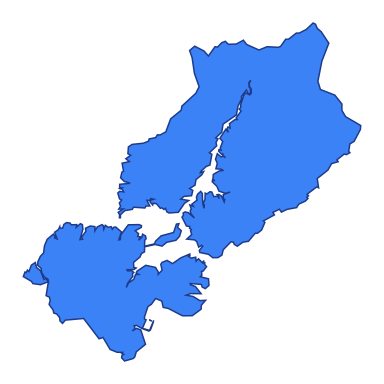 the district of Upper Harbour Local Board Area, New Zealand
{"feature_id": "76426892B55565569034738", "entity_name": "Upper Harbour Local Board Area", "entity_type": "district", "adm_level": 2, "iso_a3": "NZL", "parent_name": "New Zealand", "parent_adm1": "", "projection": "albers", "projection_center": [174.657, -36.763], "detail": "fine", "context": "isolated", "style": "filled", "palette": "blue", "viewbox_px": 384, "rotation_deg": 0, "n_neighbors": 0, "source": "geoboundaries", "source_scale": "gbopen_adm2", "svg_char_len": 6017}
<svg xmlns="http://www.w3.org/2000/svg" viewBox="0 0 384 384"><path d="M129.4,161.6L122.1,163.2L123.5,171.1L121.9,172.2L120.6,177.8L124.4,181.6L127.2,182.1L130.2,183.3L119.7,184.3L119.6,187.6L121.6,187.8L119.8,188.6L122.3,189.3L123.7,191.9L119.7,191.3L117.8,193.0L119.5,198.9L121.7,200.0L119.3,203.0L120.6,206.3L118.7,209.1L123.2,209.0L118.2,212.3L119.6,214.8L119.4,217.8L120.4,217.8L120.5,214.7L124.9,210.6L132.2,209.4L133.6,207.2L144.9,208.0L146.0,206.0L149.8,206.0L146.9,200.3L149.5,200.5L150.9,198.5L153.8,199.2L150.9,200.1L150.0,201.9L152.7,205.0L153.1,203.3L156.5,203.7L160.3,208.3L161.8,207.8L164.0,209.5L165.5,208.3L166.8,211.8L169.1,213.0L178.4,212.3L184.5,203.3L188.7,200.5L180.7,199.1L184.0,196.4L191.6,195.7L192.8,190.4L189.6,188.5L195.0,185.2L196.0,179.6L201.7,174.9L203.6,171.6L200.3,172.8L200.8,171.4L206.3,166.4L209.9,165.1L211.9,154.3L209.4,152.8L216.7,145.8L216.0,142.4L218.0,138.9L215.7,137.9L221.7,132.3L223.1,124.1L236.4,114.9L238.0,106.1L241.6,98.9L241.4,96.5L246.4,90.0L248.3,94.1L250.4,93.4L250.5,88.7L249.1,87.0L248.9,82.5L250.3,80.7L250.6,81.0L249.4,82.4L249.3,86.2L251.2,89.0L251.3,93.1L249.7,94.9L246.1,93.0L244.1,94.4L240.6,104.8L240.7,107.4L239.2,109.1L241.1,111.0L236.1,117.9L237.3,119.6L234.9,119.6L229.5,123.6L230.1,128.1L228.0,126.9L226.9,128.9L228.4,132.3L225.7,129.3L219.9,138.3L222.7,141.5L220.2,148.1L221.1,150.1L219.0,149.7L218.7,151.2L221.6,154.3L223.4,153.5L222.2,154.6L225.5,157.7L222.9,156.1L221.2,157.0L217.3,153.7L215.5,159.3L217.3,163.2L215.9,168.8L220.6,169.2L222.2,169.6L222.6,170.0L223.0,170.4L223.0,170.5L219.4,170.9L213.3,174.4L212.9,178.8L214.7,181.0L212.5,180.1L212.2,181.7L216.9,186.3L218.9,191.1L225.3,193.3L230.2,192.0L223.3,194.6L223.3,198.7L224.8,199.4L224.2,201.9L221.5,196.0L218.8,194.4L217.1,194.7L218.5,196.1L219.0,197.8L218.8,198.7L218.3,196.2L213.7,196.6L211.9,192.1L210.0,191.7L207.0,193.9L205.2,193.1L205.0,199.5L203.3,203.0L204.4,205.4L204.0,208.3L202.7,203.2L202.3,193.4L200.7,191.4L197.7,194.1L196.4,197.2L197.0,200.1L191.9,204.2L193.3,206.3L189.9,205.0L191.3,209.0L190.2,210.7L190.8,213.6L194.4,218.0L188.4,212.7L185.1,211.9L183.1,213.0L183.4,215.3L182.0,217.1L186.4,226.0L189.7,226.5L189.5,228.2L191.4,229.5L190.5,230.7L191.7,234.5L186.8,239.1L194.7,239.9L196.8,241.7L198.7,247.1L201.7,245.3L202.7,246.2L199.3,250.4L199.8,252.5L208.5,254.3L212.8,257.7L218.0,257.6L221.9,255.1L223.2,249.8L231.0,241.8L233.4,242.2L234.3,244.4L237.3,246.2L242.9,242.2L248.4,241.3L255.2,233.3L257.6,233.2L261.6,230.0L264.9,222.4L263.4,220.9L274.4,214.9L272.9,212.4L279.4,209.2L281.4,212.1L286.9,209.4L296.6,207.6L298.8,204.1L305.4,201.1L308.0,198.4L306.8,197.1L308.5,195.8L307.0,194.3L316.7,186.9L318.6,187.8L317.2,178.5L327.9,170.1L331.6,163.6L338.2,161.7L336.9,159.9L344.1,154.1L346.5,154.6L349.9,152.7L348.7,151.3L349.9,143.9L354.1,141.4L360.4,129.5L360.7,125.5L345.6,116.7L341.9,110.4L341.9,104.0L334.8,95.1L320.4,89.5L317.9,81.3L321.9,61.0L328.8,43.2L321.1,31.6L317.3,28.4L315.5,24.2L313.1,23.0L306.2,29.5L299.2,33.1L296.3,33.1L288.5,39.2L285.7,39.2L280.5,46.5L278.3,47.3L267.1,46.7L259.0,50.0L246.7,44.5L243.4,40.2L236.4,44.0L228.4,44.3L225.3,41.3L221.8,42.7L217.5,47.1L215.0,46.7L208.4,56.0L204.0,51.0L194.7,46.2L189.6,50.5L192.1,57.6L194.4,73.3L199.1,86.7L195.8,93.3L181.9,106.1L181.2,110.2L170.6,118.9L165.8,131.9L160.2,134.9L157.3,134.9L155.7,137.6L149.2,138.9L148.5,141.2L143.4,143.2L132.1,144.4L128.4,146.9L127.9,153.7L130.7,155.3L125.8,158.7L129.4,161.6ZM124.6,361.0L133.0,358.6L134.7,357.1L136.3,351.8L145.5,344.3L140.8,330.0L136.6,328.3L132.3,330.9L134.8,328.6L134.7,326.1L133.4,325.9L136.4,325.3L141.8,328.4L148.9,331.1L150.3,330.1L151.1,328.3L153.1,322.8L153.7,320.4L149.6,330.4L142.4,328.3L146.1,319.8L144.5,319.0L144.5,316.9L147.9,306.6L151.4,304.3L155.6,298.5L161.8,301.1L163.2,307.4L168.2,308.4L182.5,315.8L192.3,315.7L201.1,309.2L201.4,305.1L205.6,300.3L199.8,300.6L193.2,296.5L186.2,295.2L190.6,293.6L201.1,293.7L195.4,286.5L190.5,284.8L190.1,283.5L201.3,284.4L202.2,287.1L205.3,288.6L209.0,285.4L208.5,278.8L200.3,276.7L201.9,275.1L201.5,271.4L203.1,271.1L206.6,266.7L204.0,263.6L205.4,262.7L203.1,262.9L204.1,260.6L202.1,262.5L198.5,258.8L196.1,261.2L195.7,257.2L191.1,258.1L188.3,256.2L189.9,255.7L189.8,254.0L180.9,257.8L172.5,263.6L167.1,260.4L162.0,262.4L160.8,264.3L162.1,270.2L158.2,274.3L158.3,272.0L155.5,267.4L145.7,265.3L136.9,271.3L136.2,273.0L138.6,274.4L135.5,274.6L133.8,279.3L128.4,283.0L126.3,287.5L127.7,283.1L132.9,276.2L132.3,273.9L133.8,272.4L131.6,270.7L127.5,270.9L127.0,269.7L134.0,269.5L136.1,268.0L133.8,267.3L133.5,262.5L140.0,257.0L141.5,253.5L144.5,251.9L144.6,246.8L155.1,244.5L162.1,246.1L166.7,242.3L175.9,240.3L179.5,236.4L181.3,230.7L177.6,227.5L178.9,223.7L176.4,224.1L173.6,232.5L161.2,235.8L155.7,241.0L154.4,243.9L144.6,246.2L144.7,240.4L146.1,238.7L145.5,235.9L142.6,234.2L141.7,237.4L138.5,240.3L140.6,236.8L137.7,236.5L138.6,233.7L135.2,230.8L141.3,227.4L141.5,225.6L139.0,224.6L128.3,224.8L120.7,235.0L120.3,239.6L118.8,239.9L121.4,231.9L115.7,227.0L113.6,227.3L112.3,229.2L111.2,226.7L108.3,227.3L105.3,225.3L103.8,229.2L103.3,225.6L102.0,224.6L97.3,226.9L94.9,230.8L94.9,226.6L90.2,226.0L85.5,228.3L85.9,231.3L81.6,237.0L82.6,239.2L80.0,239.6L82.9,229.2L82.4,224.6L80.4,223.7L76.3,227.3L76.8,224.6L71.3,224.8L70.0,223.0L66.5,222.6L63.9,224.4L62.6,228.2L60.0,228.0L59.8,226.6L58.4,229.6L54.6,232.3L57.2,239.0L54.7,237.9L55.4,237.2L53.3,234.1L47.2,239.3L44.5,245.7L43.6,252.9L40.4,256.3L38.0,261.4L37.5,265.1L41.2,268.4L41.6,272.4L44.4,277.0L48.1,279.3L48.3,281.5L45.8,278.4L43.9,279.5L40.5,270.7L36.5,267.4L35.3,262.5L31.3,265.2L29.0,271.5L27.4,270.1L26.3,272.5L25.0,272.0L23.3,276.6L31.4,281.3L32.9,283.6L40.5,284.7L48.4,281.7L46.1,295.6L49.4,297.2L50.2,300.3L49.1,304.4L53.2,310.2L53.7,313.0L56.8,314.0L59.6,317.6L60.0,320.9L62.5,323.4L65.4,320.1L83.6,318.5L99.1,338.8L103.0,337.5L110.2,349.5L117.2,352.3L122.5,352.4L121.7,353.2L123.7,354.4L122.0,355.2L121.6,357.8L124.6,361.0ZM152.0,321.1L150.0,320.2L149.5,319.3L149.9,320.4L152.0,321.1Z" fill="#3b82f6" stroke="#1e3a8a" stroke-width="1.5"/></svg>